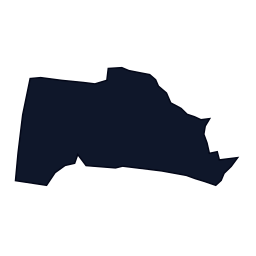 Araricá, Rio Grande do Sul, Brazil, rotated 272°
{"feature_id": "56859067B79934571610065", "entity_name": "Araricá", "entity_type": "district", "adm_level": 2, "iso_a3": "BRA", "parent_name": "Brazil", "parent_adm1": "Rio Grande do Sul", "projection": "orthographic", "projection_center": [-50.935, -29.642], "detail": "fine", "context": "isolated", "style": "filled", "palette": "ink", "viewbox_px": 256, "rotation_deg": 272, "n_neighbors": 0, "source": "geoboundaries", "source_scale": "gbopen_adm2", "svg_char_len": 700}
<svg xmlns="http://www.w3.org/2000/svg" viewBox="0 0 256 256"><g transform="rotate(272 128 128)"><path d="M99.2,19.0L71.5,17.4L67.9,48.6L80.8,56.6L88.4,66.4L90.9,75.9L99.8,78.7L89.0,87.4L87.7,116.9L89.7,123.9L86.3,163.2L82.7,188.0L79.8,196.9L77.2,206.6L73.8,217.7L78.9,222.9L86.1,225.6L93.3,232.5L102.2,238.6L99.3,220.4L107.4,218.0L105.5,210.2L115.8,207.5L124.4,204.0L132.6,205.1L140.2,209.3L138.8,200.6L141.5,194.2L143.8,186.5L149.4,180.4L154.6,169.8L164.3,165.2L170.9,156.9L177.2,153.9L182.1,147.8L183.5,138.7L185.4,126.8L188.1,119.7L186.8,106.2L174.9,105.2L170.9,93.4L171.9,81.9L173.3,59.9L175.3,39.0L174.0,28.5L137.5,22.3L99.2,19.0Z" fill="#0f172a" stroke="#020617" stroke-width="1.5"/></g></svg>